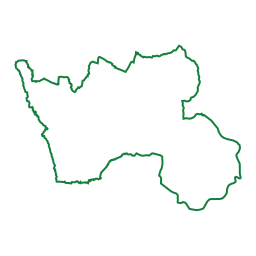 outline of San Kamphaeng, Chiang Mai, Thailand
{"feature_id": "78962969B510948306110", "entity_name": "San Kamphaeng", "entity_type": "district", "adm_level": 2, "iso_a3": "THA", "parent_name": "Thailand", "parent_adm1": "Chiang Mai", "projection": "mercator", "projection_center": [99.128, 18.733], "detail": "fine", "context": "isolated", "style": "outline", "palette": "green", "viewbox_px": 256, "rotation_deg": 0, "n_neighbors": 0, "source": "geoboundaries", "source_scale": "gbopen_adm2", "svg_char_len": 5641}
<svg xmlns="http://www.w3.org/2000/svg" viewBox="0 0 256 256"><path d="M200.2,209.6L203.0,208.6L203.7,207.9L207.2,201.6L209.3,199.5L210.7,199.1L219.3,199.0L221.8,198.6L223.0,197.9L225.0,195.8L226.4,193.8L226.9,192.1L227.0,189.4L228.1,186.3L229.0,185.2L230.0,184.5L230.9,184.0L233.9,183.0L235.5,181.9L235.6,180.8L235.0,178.0L235.4,177.1L236.5,176.8L239.2,178.4L240.5,178.2L240.6,177.4L239.8,173.6L239.8,165.3L239.6,163.4L237.7,159.4L236.4,156.0L236.4,155.3L236.5,154.5L238.7,151.8L239.9,148.4L239.8,146.1L239.5,145.0L238.4,144.2L237.8,143.1L236.8,142.2L233.0,140.4L227.2,139.1L223.7,137.8L221.5,136.2L219.7,133.6L218.6,131.3L217.7,128.4L211.4,120.6L204.2,115.1L203.2,114.9L202.9,115.5L202.3,115.2L201.6,113.7L200.0,114.4L197.7,113.9L196.4,114.2L195.9,114.5L194.5,116.6L192.9,117.7L191.1,118.4L189.5,118.7L186.1,118.2L183.6,118.8L183.3,116.4L183.6,113.9L183.1,110.2L183.8,107.8L182.6,105.4L182.9,103.6L182.2,101.0L184.5,100.7L187.1,101.5L189.2,100.9L190.5,99.8L190.8,98.0L191.2,97.6L193.4,96.9L195.4,95.2L197.7,91.3L197.9,90.1L197.7,87.3L199.5,83.5L199.8,81.5L198.8,79.2L199.2,77.6L199.2,76.5L198.3,74.3L198.3,72.4L197.6,70.9L198.2,69.4L198.2,68.1L196.7,64.7L195.9,64.0L195.0,62.3L193.8,60.8L192.2,60.9L189.1,58.4L186.4,57.1L185.8,56.2L185.5,52.3L184.7,50.0L182.5,49.3L181.3,46.9L179.0,45.8L175.8,50.4L173.7,50.4L171.9,52.1L170.7,52.8L167.9,53.3L166.9,53.8L165.3,53.9L164.9,54.4L164.0,53.9L162.5,54.7L161.1,55.1L160.0,56.1L158.9,56.4L157.6,55.8L156.5,55.7L155.2,56.3L153.0,56.0L152.0,57.6L148.8,57.0L147.1,57.4L144.0,56.7L143.7,57.3L143.2,57.4L140.2,55.4L140.1,54.8L137.7,54.1L138.0,53.0L136.0,52.2L135.8,54.7L134.5,58.0L133.6,62.5L132.2,61.7L130.9,62.5L128.3,67.7L125.5,71.9L122.4,70.5L114.9,67.6L115.3,66.7L112.5,65.2L112.1,64.7L112.3,63.9L110.8,62.7L109.7,62.2L109.1,62.5L107.8,61.6L107.1,61.6L104.8,59.7L100.6,57.4L99.2,56.9L98.6,57.6L98.0,59.4L98.1,61.5L97.7,63.3L95.7,62.6L95.0,62.6L93.0,61.6L91.3,62.2L90.3,63.3L88.8,66.4L89.3,67.8L88.4,70.3L89.2,73.7L89.0,74.0L88.5,73.9L87.7,74.7L87.8,76.4L86.8,76.5L86.3,76.9L85.8,78.0L84.8,78.9L84.1,80.3L82.9,80.6L82.6,80.9L82.4,81.5L82.3,83.7L81.6,86.4L80.6,86.7L79.4,87.9L78.3,87.3L77.9,88.1L77.5,88.2L76.1,89.9L75.6,91.4L74.7,92.1L73.1,91.1L72.2,90.3L71.8,89.7L71.7,88.6L70.9,87.7L70.8,87.2L71.7,86.0L71.4,85.2L71.5,84.6L71.1,84.3L71.1,83.9L69.5,83.1L69.7,82.3L68.8,80.8L69.2,79.7L68.6,79.2L68.6,78.6L67.7,77.3L66.9,77.0L63.8,77.3L61.6,76.7L58.8,77.1L58.8,78.7L58.5,79.5L58.5,80.9L58.3,81.5L58.5,83.9L58.3,84.3L57.6,83.9L57.1,84.5L55.5,83.8L55.0,83.9L54.3,83.4L51.9,82.7L44.4,78.7L44.3,79.2L43.0,79.2L39.1,81.3L36.2,81.1L36.1,81.7L35.7,81.8L35.2,81.1L32.4,81.2L32.1,81.0L31.6,79.2L33.0,76.1L32.9,75.6L32.2,75.1L32.6,74.3L32.2,73.6L32.6,73.0L32.3,72.1L32.6,70.6L31.6,70.6L31.6,70.2L30.8,69.3L29.5,68.1L29.0,68.0L28.7,67.6L28.8,67.1L28.0,67.0L28.0,64.6L27.4,64.0L26.7,62.2L26.2,62.1L26.4,61.0L25.3,61.0L23.9,60.3L20.3,60.5L18.3,60.8L16.9,62.0L16.1,62.1L16.0,63.4L15.4,64.5L15.9,65.7L15.7,66.4L16.0,67.8L17.3,69.0L18.1,70.3L19.1,70.6L19.2,71.5L19.8,72.2L20.0,74.0L20.8,74.8L20.9,76.0L21.9,77.4L22.1,78.5L22.6,79.1L22.3,80.4L22.4,80.9L23.5,83.2L23.2,85.8L23.9,86.9L24.0,88.0L25.1,90.5L25.2,91.4L25.5,91.9L27.1,92.3L27.4,92.7L27.2,94.5L27.9,96.4L27.5,97.3L26.6,97.9L26.8,100.2L27.2,101.2L28.7,101.4L29.1,102.0L29.5,103.8L29.1,105.1L29.1,106.6L29.4,107.2L31.5,107.4L32.2,107.0L32.6,107.2L32.7,108.4L33.1,109.0L32.7,109.7L33.0,110.4L33.7,111.1L33.6,111.7L34.2,112.2L35.4,111.6L35.8,112.0L35.8,112.9L34.7,113.6L34.6,114.0L35.4,114.7L36.8,114.9L37.1,116.3L38.3,116.4L38.5,116.9L38.6,119.3L40.2,122.0L42.9,124.2L43.2,125.1L45.5,126.1L45.6,127.1L47.4,128.4L47.5,129.0L47.1,129.4L45.2,129.4L44.6,131.2L43.6,131.9L43.2,133.1L42.0,134.2L41.9,134.7L42.5,136.1L43.0,136.1L43.8,135.7L44.2,136.0L44.6,138.0L45.9,138.6L46.8,140.5L47.7,141.5L47.9,143.1L48.9,144.1L48.8,146.4L49.7,148.2L50.6,152.6L51.5,154.1L51.5,155.8L52.4,157.3L52.4,158.6L53.0,159.7L53.4,162.1L54.3,164.5L55.0,165.4L53.9,168.4L54.1,168.8L55.2,169.5L54.8,170.7L55.6,171.6L55.7,173.2L56.1,174.0L55.9,175.1L56.8,176.6L55.9,178.4L56.5,179.8L56.4,181.1L56.7,181.7L58.7,181.8L59.0,181.6L63.9,182.1L64.7,181.6L65.1,182.0L65.2,182.6L65.7,182.9L68.3,183.0L69.1,183.2L69.5,183.1L69.7,183.3L71.3,183.4L71.8,182.1L74.6,182.3L77.2,181.2L78.0,182.0L78.3,182.0L78.4,182.4L79.3,183.1L79.9,182.7L80.3,182.8L80.5,182.2L81.1,183.1L81.5,182.7L83.0,182.7L85.0,182.3L85.5,182.7L86.2,182.6L86.8,182.8L87.4,182.4L87.7,183.1L88.1,183.3L88.6,181.6L89.0,180.9L88.8,180.6L89.1,180.0L90.0,180.0L90.3,180.9L91.3,180.2L91.2,179.6L91.7,179.5L92.0,179.7L93.0,179.5L93.5,179.9L93.7,179.3L94.7,179.6L95.2,178.9L95.8,178.7L96.0,178.9L96.7,178.7L98.1,179.0L98.5,179.3L100.5,178.6L101.0,178.6L101.2,178.9L100.9,178.1L100.0,177.8L100.5,175.0L101.2,172.5L106.7,166.7L106.7,166.2L107.8,165.1L108.1,164.5L107.9,164.2L109.3,162.3L109.6,161.3L109.9,161.3L110.9,160.4L111.2,160.5L111.5,160.0L112.7,160.0L113.3,159.5L114.2,159.8L114.7,159.5L114.7,159.2L115.5,159.1L115.9,158.6L116.6,158.5L117.0,158.1L117.5,158.2L118.4,157.6L121.2,156.5L121.1,156.2L121.8,155.8L122.2,154.8L123.1,154.2L123.8,153.9L124.7,154.2L124.9,153.6L126.2,153.8L126.8,153.4L127.9,154.4L131.0,154.3L132.4,155.6L134.4,155.7L136.5,153.4L140.9,155.5L143.3,155.7L146.6,155.2L149.1,155.5L149.6,155.3L152.0,153.4L153.1,153.4L160.0,155.2L161.6,156.0L162.2,156.8L162.5,162.8L162.3,165.0L161.6,168.4L160.4,170.8L159.2,175.0L159.2,175.7L160.3,176.7L160.9,177.6L161.1,178.5L161.0,183.5L170.8,191.2L173.8,192.7L176.1,193.4L177.6,194.9L177.9,196.1L177.6,198.1L177.9,199.4L177.6,202.1L178.0,202.7L180.9,203.1L183.0,202.1L185.2,202.7L185.9,203.3L189.5,208.9L196.7,210.2L200.2,209.6Z" fill="none" stroke="#15803d" stroke-width="2"/></svg>